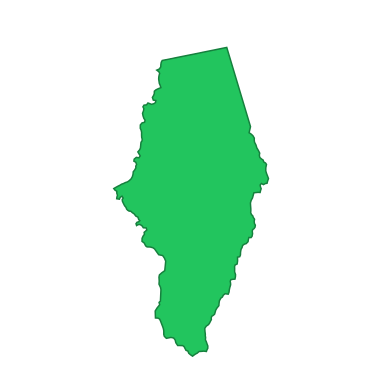 outline of Arneiroz, Ceará, Brazil, rotated 119°
{"feature_id": "56859067B67924871405928", "entity_name": "Arneiroz", "entity_type": "district", "adm_level": 2, "iso_a3": "BRA", "parent_name": "Brazil", "parent_adm1": "Ceará", "projection": "orthographic", "projection_center": [-40.1, -6.242], "detail": "fine", "context": "isolated", "style": "filled", "palette": "green", "viewbox_px": 384, "rotation_deg": 119, "n_neighbors": 0, "source": "geoboundaries", "source_scale": "gbopen_adm2", "svg_char_len": 3658}
<svg xmlns="http://www.w3.org/2000/svg" viewBox="0 0 384 384"><g transform="rotate(119 192 192)"><path d="M335.3,111.9L333.9,111.3L332.0,110.4L330.4,109.3L328.1,108.5L326.9,106.6L325.5,104.6L324.5,102.1L322.7,102.4L321.1,102.4L319.0,103.5L317.4,105.4L316.1,106.8L314.8,108.6L312.6,109.6L311.3,110.7L309.9,111.4L307.6,113.1L305.1,114.7L302.4,114.5L300.0,113.3L298.2,113.1L295.9,113.2L294.2,113.2L292.9,114.1L291.2,114.5L289.6,113.6L287.9,113.0L285.8,113.5L283.6,114.0L281.3,113.9L278.4,113.4L276.2,114.4L273.8,115.3L270.8,115.3L269.1,114.5L267.0,114.6L264.9,113.7L263.8,110.8L261.5,111.1L259.6,111.9L257.3,112.6L254.5,113.2L253.0,114.1L251.6,115.3L249.8,115.5L248.5,113.9L247.4,112.2L245.1,112.9L243.1,113.9L241.2,116.0L238.2,117.6L236.6,118.6L234.9,118.9L233.1,117.6L230.2,118.7L226.9,120.6L225.5,118.9L223.6,119.1L221.0,120.4L218.4,121.3L216.3,121.3L214.2,121.8L212.2,120.9L210.9,119.6L208.3,118.9L206.4,119.6L204.2,120.2L203.3,118.3L201.7,118.0L199.1,118.8L197.2,120.2L195.6,120.7L194.0,120.0L192.3,119.8L190.3,120.5L189.3,122.1L187.7,123.3L185.5,124.1L184.5,126.1L183.4,127.3L182.9,129.0L181.7,130.6L179.8,131.5L178.2,132.4L175.3,134.3L173.2,135.6L170.6,136.2L167.9,136.2L165.0,136.9L162.7,137.5L161.3,135.5L160.3,134.1L159.4,132.2L157.3,132.8L155.6,133.1L154.3,134.6L152.9,135.8L150.9,135.4L150.9,133.1L149.1,132.0L148.0,130.6L145.6,131.2L143.2,131.6L141.2,133.9L140.0,135.4L137.8,137.7L135.0,139.2L131.8,140.2L131.0,141.7L130.9,143.9L129.6,145.2L129.4,147.4L128.9,149.5L127.1,151.0L125.2,151.6L123.6,153.9L121.9,156.8L119.9,158.8L118.1,161.5L116.3,162.8L114.7,163.6L113.2,166.1L112.6,168.8L112.5,170.8L106.5,172.5L48.7,231.7L91.4,281.8L93.4,281.8L95.7,281.0L97.7,280.0L100.2,280.2L102.5,281.9L102.9,279.3L103.9,277.8L105.7,277.4L107.5,276.8L109.4,275.9L111.2,274.5L112.9,273.2L114.1,271.6L115.8,269.8L118.0,271.6L120.2,273.1L122.1,273.8L124.2,272.7L126.1,272.4L128.5,272.5L130.4,270.4L129.5,268.0L131.5,267.3L133.3,268.2L135.0,270.0L135.2,271.9L135.5,273.7L137.8,274.0L139.3,276.1L141.3,276.2L142.5,274.5L144.4,273.8L147.2,273.4L149.2,271.7L151.0,269.7L151.9,267.9L154.0,267.3L155.8,269.2L158.4,269.7L161.4,268.1L162.4,266.7L164.1,265.1L166.5,263.8L168.6,262.5L169.9,261.2L171.5,260.5L173.2,260.7L175.0,260.0L176.5,259.3L178.6,258.4L180.7,258.3L183.2,258.8L184.6,256.4L185.5,254.8L187.8,255.0L188.7,257.5L191.3,258.5L193.2,257.8L193.2,255.6L194.8,253.8L196.7,253.7L198.1,252.8L200.6,252.8L202.8,253.2L205.0,252.2L207.5,251.6L210.0,251.6L212.5,252.4L214.4,253.3L216.1,254.9L217.9,256.1L219.3,257.4L221.0,258.3L223.0,259.7L224.6,260.7L226.9,262.1L227.7,260.3L227.8,258.2L229.6,257.1L231.0,255.6L232.9,255.2L234.4,254.6L233.5,252.0L231.4,252.2L229.6,251.2L230.7,249.2L232.4,249.4L233.8,248.4L235.2,246.5L236.7,244.3L237.5,242.2L238.6,241.0L239.1,239.5L239.2,237.8L238.5,236.2L239.0,234.1L239.2,231.9L240.3,229.5L240.2,227.1L241.9,225.3L242.4,223.7L243.9,224.2L245.1,225.4L246.9,225.6L248.2,224.2L246.8,223.4L245.6,221.7L245.8,219.3L246.9,217.2L245.6,214.7L247.1,213.1L248.9,213.7L250.5,214.3L252.1,213.1L254.2,213.4L256.7,213.2L259.4,211.8L259.8,209.0L261.6,206.4L261.8,204.7L260.3,201.7L259.7,199.1L259.9,197.2L263.0,190.7L261.8,186.9L263.1,184.2L265.2,181.5L269.1,179.8L274.0,177.7L277.4,179.3L280.3,180.3L282.5,179.6L285.8,177.5L288.6,176.2L290.7,173.3L292.5,171.8L302.8,166.7L304.5,167.3L306.3,165.6L310.1,166.3L313.9,166.5L319.9,162.9L318.8,160.6L318.8,158.8L320.0,157.1L324.2,152.1L325.5,150.7L327.1,149.4L330.3,147.6L331.6,146.3L332.4,143.5L329.4,139.9L328.6,137.3L329.5,135.1L331.7,133.0L333.2,130.1L330.9,125.8L331.0,124.1L333.4,120.5L333.1,118.5L334.6,116.7L335.1,114.3L335.3,111.9Z" fill="#22c55e" stroke="#15803d" stroke-width="1.5"/></g></svg>